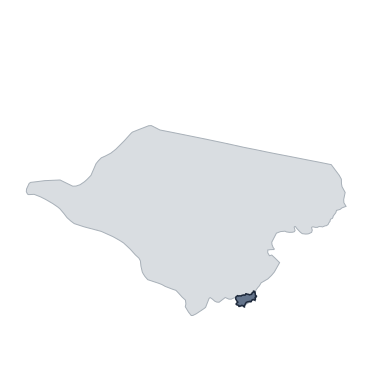 Lattakia, Lattakia, Syria (highlighted), rotated 225°
{"feature_id": "27442178B94813764709421", "entity_name": "Lattakia", "entity_type": "district", "adm_level": 2, "iso_a3": "SYR", "parent_name": "Syria", "parent_adm1": "Lattakia", "projection": "orthographic", "projection_center": [35.92, 35.7], "detail": "fine", "context": "in_parent", "style": "filled", "palette": "slate", "viewbox_px": 384, "rotation_deg": 225, "n_neighbors": 0, "source": "geoboundaries", "source_scale": "gbopen_adm2", "svg_char_len": 4736}
<svg xmlns="http://www.w3.org/2000/svg" viewBox="0 0 384 384"><g transform="rotate(225 192 192)"><path d="M77.0,144.9L79.8,145.2L85.7,148.8L86.7,148.7L88.5,143.9L90.2,142.3L93.9,140.9L94.9,133.2L96.6,131.7L98.6,130.9L101.8,130.7L104.5,130.2L104.7,128.9L100.8,120.0L101.1,117.8L102.9,108.8L104.1,105.3L105.2,104.1L109.5,104.6L115.6,106.1L117.2,108.6L120.2,110.9L124.7,110.7L129.8,111.0L133.8,111.1L137.0,109.5L144.2,106.3L147.8,105.3L151.0,103.9L161.3,98.7L165.5,99.0L168.4,99.6L170.6,100.3L175.7,103.5L179.8,106.8L182.7,107.7L187.8,107.5L195.3,107.9L204.4,107.6L209.7,106.4L216.4,104.5L228.3,100.0L243.8,91.0L252.9,86.4L256.9,85.8L262.2,85.5L267.4,86.2L273.4,86.7L276.1,86.5L282.5,85.3L290.7,83.1L295.8,81.4L302.0,78.7L305.6,74.7L306.9,74.2L308.5,74.8L309.3,75.0L311.1,77.1L313.1,82.5L313.2,83.1L312.9,84.7L309.1,89.5L304.0,96.1L300.2,100.2L293.8,107.2L288.8,108.9L280.4,111.8L278.2,114.2L276.3,118.0L275.3,123.2L275.1,126.4L275.2,132.3L277.6,138.4L279.9,144.2L280.3,148.1L280.3,152.0L278.7,156.2L276.9,161.9L276.1,168.4L276.1,180.4L276.6,190.5L276.5,192.2L273.3,199.6L269.5,208.2L267.7,210.2L258.5,213.2L248.7,219.8L237.6,227.2L227.5,233.9L216.9,240.9L205.9,248.1L198.0,253.2L187.3,260.0L177.6,266.5L167.7,273.0L160.2,278.0L148.7,285.8L142.0,290.3L132.0,297.0L123.3,302.9L112.9,309.8L99.7,307.9L95.5,306.7L92.1,303.5L89.6,301.8L83.4,300.0L79.4,293.9L77.0,291.8L72.9,290.8L74.7,286.9L75.0,284.3L76.8,281.2L75.7,279.1L75.1,274.8L74.4,273.7L74.1,272.6L74.7,271.2L74.4,269.7L73.7,269.1L73.4,266.9L72.8,265.3L73.1,263.3L74.0,262.1L75.0,259.6L76.1,258.9L77.8,257.3L78.3,255.7L79.8,254.2L81.9,252.9L82.4,251.8L82.1,251.2L80.0,250.1L78.9,248.1L79.9,245.1L80.5,244.2L81.8,242.7L84.6,240.5L86.8,240.2L88.7,240.2L91.9,240.3L94.4,240.7L95.0,240.1L94.9,239.4L91.8,237.6L91.6,236.2L92.4,234.7L94.6,232.3L97.1,230.5L98.5,230.1L101.4,226.6L103.2,222.6L100.1,212.9L98.3,211.4L95.3,210.1L93.5,209.9L93.4,209.2L95.7,206.8L97.4,204.6L95.5,202.6L92.2,201.7L91.0,203.8L86.7,204.0L80.1,204.0L77.2,193.7L76.8,189.3L76.9,184.2L78.9,176.7L78.0,173.2L77.9,170.9L77.4,167.6L72.2,160.7L75.0,148.0L77.0,144.9Z" fill="#d9dde1" stroke="#a8b0b8" stroke-width="1"/><path d="M86.8,149.3L86.3,148.1L86.1,147.8L86.0,147.7L85.5,147.4L85.3,147.2L84.6,147.1L83.7,146.8L82.9,146.6L82.7,146.6L82.3,146.6L82.2,146.6L81.8,146.6L81.7,146.5L81.6,146.4L81.6,146.2L81.8,145.3L81.8,144.5L81.7,144.2L81.3,143.8L81.2,143.8L80.9,143.8L80.0,144.2L79.8,144.3L79.6,144.4L79.2,144.6L78.9,144.7L78.6,144.8L78.4,144.5L78.2,144.4L77.9,144.3L77.7,144.5L77.5,144.8L77.4,145.0L77.1,145.8L77.0,146.2L76.8,146.9L76.6,147.1L76.3,147.2L76.2,147.2L76.1,147.4L75.9,147.6L75.6,147.8L75.3,147.9L75.2,147.9L74.8,147.8L74.5,147.5L74.1,147.6L73.9,147.7L73.7,147.8L73.8,147.9L74.2,147.8L74.3,148.0L74.2,148.2L74.2,148.3L74.2,148.5L74.5,148.8L74.6,149.1L74.6,149.4L74.8,149.7L75.0,150.0L75.1,150.5L75.3,151.0L75.3,151.3L75.3,151.6L75.6,152.3L75.5,152.6L75.4,152.7L75.2,153.0L75.0,153.8L74.7,154.1L74.5,154.4L74.3,154.5L74.2,154.7L74.1,154.8L74.1,155.0L73.9,155.2L73.8,155.5L73.5,155.6L73.3,155.6L73.2,155.6L72.9,155.8L72.7,156.1L72.7,156.3L72.6,156.5L72.8,156.7L73.0,156.9L73.0,157.1L73.2,157.5L73.2,157.8L73.1,158.2L73.0,158.4L72.9,158.5L73.0,158.8L72.9,159.0L72.7,158.8L72.5,159.0L72.5,159.3L72.4,159.4L72.3,159.5L72.2,159.5L72.0,159.8L71.9,159.8L71.7,159.7L71.5,159.8L71.4,159.8L71.3,160.0L71.1,160.0L70.9,160.0L71.0,160.2L71.3,160.2L71.5,160.0L71.8,160.3L71.5,160.9L71.4,161.0L72.1,161.6L72.2,161.8L72.8,162.0L72.9,162.6L72.8,163.1L72.5,163.4L72.4,163.4L72.4,163.5L72.5,163.7L72.9,163.9L73.0,164.0L73.4,163.7L73.5,163.7L74.1,163.8L74.4,164.1L74.5,164.2L74.7,164.3L75.2,164.7L76.0,165.2L76.6,165.7L76.8,165.4L77.0,165.6L77.4,165.8L77.5,165.8L77.8,165.8L78.0,165.8L78.2,165.7L78.3,165.6L78.4,165.3L78.2,165.1L77.8,164.9L77.8,164.7L77.9,164.2L78.0,163.8L78.1,163.7L78.2,163.4L78.1,163.2L77.8,162.7L77.8,162.4L77.8,162.2L77.7,162.2L77.5,161.8L77.5,161.7L77.9,161.3L78.1,161.1L78.2,160.9L78.3,160.7L78.4,160.4L78.4,160.2L78.5,160.2L78.8,160.0L78.9,159.9L79.1,159.8L79.2,159.7L79.3,159.6L79.5,159.5L79.8,159.5L80.0,159.4L80.4,159.1L80.5,159.0L80.6,158.9L80.9,158.7L81.2,158.5L81.3,158.5L81.5,158.5L81.8,158.3L81.9,158.2L82.0,158.0L81.9,157.8L81.8,157.6L81.7,157.4L81.6,157.1L81.6,156.8L81.6,156.6L81.7,156.4L81.8,156.3L82.0,156.2L82.4,156.0L82.4,155.9L82.5,155.7L82.9,155.4L83.0,155.3L83.0,155.2L83.2,154.8L83.3,154.7L83.5,154.4L83.6,154.1L83.7,153.9L83.8,153.8L83.8,153.7L83.7,153.6L83.7,153.4L83.7,153.2L83.8,153.1L84.0,153.0L84.2,152.9L84.4,152.7L84.5,152.6L84.7,152.4L84.8,152.3L84.9,152.2L85.0,152.1L85.3,151.9L85.4,151.6L85.5,151.5L85.5,151.4L85.9,151.2L86.0,151.1L86.3,151.0L86.5,150.9L86.5,150.7L86.5,150.3L86.6,150.1L86.6,149.7L86.8,149.3Z" fill="#64748b" stroke="#1e293b" stroke-width="1.5"/></g></svg>